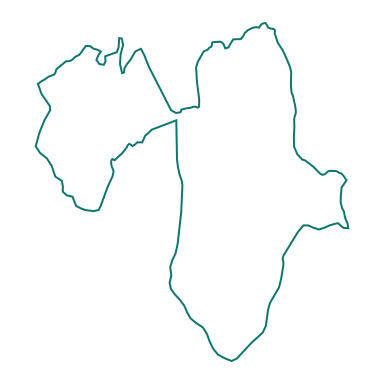 the Region of Manyara
{"feature_id": "TZA-3392", "entity_name": "Manyara", "entity_type": "Region", "adm_level": 1, "iso_a3": "TZA", "parent_name": "United Republic of Tanzania", "parent_adm1": "", "projection": "equal_earth", "projection_center": [36.5, -4.726], "detail": "fine", "context": "isolated", "style": "outline", "palette": "teal", "viewbox_px": 384, "rotation_deg": 0, "n_neighbors": 0, "source": "natural_earth", "source_scale": "10m", "svg_char_len": 2665}
<svg xmlns="http://www.w3.org/2000/svg" viewBox="0 0 384 384"><path d="M251.1,343.2L236.8,358.6L231.6,361.0L224.8,358.3L218.2,354.8L213.3,349.0L209.7,341.6L206.9,333.9L202.9,327.4L196.6,323.4L190.6,318.5L187.2,312.5L184.4,305.9L179.8,299.7L174.7,294.2L170.9,288.9L169.6,282.9L171.3,275.4L170.2,267.1L172.4,260.0L175.5,253.5L177.6,244.2L181.2,212.3L182.4,185.4L181.8,181.1L179.5,174.3L178.0,167.1L177.0,159.6L176.3,120.3L151.7,129.7L148.8,132.7L146.4,134.6L145.2,135.7L142.2,142.4L137.4,142.3L135.0,144.5L132.6,146.1L130.9,144.8L129.2,143.9L127.6,145.4L126.6,147.6L122.3,153.1L114.6,160.2L112.4,159.1L111.6,159.8L111.1,162.1L111.3,164.4L111.8,166.5L113.6,171.2L112.6,176.2L107.7,186.8L100.9,205.3L98.7,210.0L93.6,211.1L84.6,210.0L83.4,209.2L82.1,209.0L76.2,206.0L72.5,196.7L66.7,195.3L62.8,191.7L62.8,186.1L61.9,180.9L55.3,176.6L51.7,165.9L46.8,158.3L40.1,153.0L35.7,146.3L39.3,133.0L44.5,120.2L50.2,110.1L49.9,106.2L41.5,93.9L37.9,83.8L41.3,81.4L45.0,79.3L48.4,76.8L54.2,74.5L55.5,72.5L55.9,70.5L56.8,68.9L66.1,61.2L69.2,61.2L71.9,60.0L75.3,56.8L79.3,54.9L85.8,46.0L89.9,46.0L93.8,48.8L97.7,49.8L100.8,51.6L98.3,55.4L96.4,59.9L99.3,64.0L103.8,64.8L105.5,61.4L105.2,56.3L116.9,52.1L118.6,47.3L119.2,38.1L121.8,38.6L123.1,44.9L120.6,54.4L120.0,64.0L122.1,73.1L124.1,72.4L124.4,68.4L127.0,64.0L130.5,59.8L135.3,51.4L141.0,48.8L144.2,55.0L148.9,66.8L171.1,110.2L176.0,113.0L180.6,112.2L181.5,109.5L186.0,108.4L190.6,107.8L193.3,106.7L196.1,106.8L197.7,107.7L199.1,106.7L199.2,99.1L197.0,82.4L196.1,67.2L197.8,61.9L203.6,51.5L205.4,50.6L207.3,50.0L209.4,47.7L211.3,46.7L212.0,44.6L212.0,43.2L212.7,42.2L219.9,41.7L221.7,42.4L223.5,44.0L225.3,48.4L228.4,47.5L230.8,43.1L233.4,39.3L240.8,39.1L243.0,36.4L244.8,33.0L248.0,30.1L251.4,28.4L253.8,27.5L256.3,27.2L259.0,27.6L261.6,24.1L263.6,23.3L265.5,23.0L266.8,25.0L268.0,27.4L270.7,28.6L273.6,28.9L275.0,30.5L274.6,33.0L277.7,42.7L282.9,50.5L286.6,58.8L289.5,65.7L291.2,71.6L290.9,86.3L291.7,93.0L292.9,95.7L295.1,105.8L295.7,109.4L295.8,113.0L294.3,117.9L294.2,122.0L294.4,126.3L293.9,136.5L294.1,146.7L297.3,154.2L302.4,159.7L304.7,160.2L313.2,166.6L320.1,173.6L322.4,174.8L324.7,174.3L328.3,171.2L330.5,170.8L336.4,171.1L337.8,171.8L338.8,172.7L340.7,173.2L341.7,173.8L343.9,176.3L346.5,180.4L341.6,187.4L340.8,196.2L340.7,202.6L342.1,208.2L344.0,211.7L344.7,216.0L345.8,219.7L347.5,223.2L348.3,228.2L343.6,227.9L340.9,225.8L338.3,223.3L336.6,223.4L329.8,225.3L324.9,227.5L318.9,229.5L313.1,227.6L308.3,225.4L303.4,225.4L297.9,232.0L283.5,255.5L282.6,258.6L283.4,262.1L283.3,265.8L281.2,278.6L279.0,287.4L269.9,303.1L268.0,310.2L265.9,325.7L262.8,332.5L251.1,343.2Z" fill="none" stroke="#0f766e" stroke-width="2"/></svg>